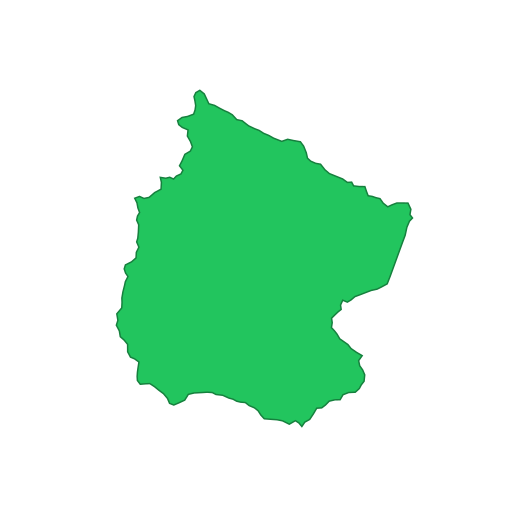 Santa Isabel, São Paulo, Brazil, rotated 245°
{"feature_id": "56859067B62308416840067", "entity_name": "Santa Isabel", "entity_type": "district", "adm_level": 2, "iso_a3": "BRA", "parent_name": "Brazil", "parent_adm1": "São Paulo", "projection": "albers", "projection_center": [-46.238, -23.295], "detail": "fine", "context": "isolated", "style": "filled", "palette": "green", "viewbox_px": 512, "rotation_deg": 245, "n_neighbors": 0, "source": "geoboundaries", "source_scale": "gbopen_adm2", "svg_char_len": 2639}
<svg xmlns="http://www.w3.org/2000/svg" viewBox="0 0 512 512"><g transform="rotate(245 256 256)"><path d="M232.9,416.1L239.7,416.1L242.0,411.4L244.5,406.1L244.9,400.9L244.9,396.2L250.1,393.6L255.6,392.6L258.1,389.4L260.9,386.5L263.2,383.1L267.8,383.4L272.9,384.0L275.2,379.1L278.3,374.1L282.5,373.9L284.1,369.9L289.2,367.1L293.9,362.7L299.7,357.3L305.0,354.9L311.9,353.3L314.8,349.2L318.9,345.6L322.9,344.0L328.3,345.2L335.4,345.6L340.8,344.5L344.9,338.6L348.4,334.0L349.0,327.8L355.3,321.8L359.9,318.5L363.9,314.8L368.5,311.9L371.9,308.6L377.1,304.3L380.4,302.6L384.4,300.6L387.7,296.2L394.0,294.2L398.0,291.5L401.0,288.8L405.4,285.4L410.0,282.1L413.9,277.6L419.6,277.6L424.8,277.6L429.9,275.1L429.5,270.5L426.7,267.2L422.3,266.2L417.8,264.9L414.1,262.5L410.9,259.4L411.4,252.9L412.8,247.5L411.8,242.1L407.7,241.5L403.7,243.5L399.0,247.7L393.7,244.5L387.5,245.0L381.8,244.5L378.8,240.8L378.2,234.5L373.3,229.0L370.1,224.8L364.6,226.0L362.1,222.7L362.1,217.6L360.6,213.8L363.8,211.1L364.6,207.1L367.7,202.5L362.7,201.4L356.7,198.2L356.3,191.0L354.3,183.9L355.5,178.8L359.2,175.6L359.6,170.5L354.5,170.6L349.5,169.3L344.6,168.9L342.3,165.5L339.0,163.0L333.9,162.9L327.2,159.4L322.1,156.4L319.2,153.8L313.5,153.6L309.9,149.1L305.0,146.5L303.3,140.8L303.1,133.9L300.0,131.1L295.7,130.6L291.5,131.3L288.0,126.8L284.7,124.3L279.8,120.3L274.6,116.7L270.4,114.9L265.7,112.4L262.4,105.4L256.0,103.6L252.3,100.2L245.9,100.5L240.2,98.9L235.4,101.0L230.2,102.3L223.4,99.2L217.4,99.5L214.1,102.5L209.4,105.1L204.9,102.1L200.9,99.5L197.1,97.4L193.3,95.9L188.7,96.9L186.9,101.8L185.2,105.9L180.5,108.8L175.3,111.3L170.3,114.0L164.3,115.6L159.0,115.4L155.7,118.5L155.5,124.3L155.5,130.5L159.2,136.2L158.0,142.1L154.9,149.8L153.2,154.2L150.7,158.7L147.4,161.2L143.9,166.9L138.6,171.5L135.9,174.7L132.6,177.1L130.2,180.1L127.7,184.4L123.3,186.6L119.1,190.4L114.9,192.5L109.7,193.2L105.0,194.7L101.2,201.4L98.7,205.9L95.4,210.4L89.5,215.1L90.1,222.1L86.6,224.3L82.1,225.5L84.8,230.0L85.2,235.6L88.6,241.2L92.4,246.7L90.6,251.4L91.6,256.0L93.5,261.0L92.3,266.8L90.2,271.5L93.5,276.2L93.1,282.3L90.6,288.4L92.2,293.6L94.7,296.9L96.8,301.0L102.3,304.3L107.7,304.5L112.7,303.6L117.8,304.8L120.8,310.1L126.3,306.3L132.0,303.0L136.8,301.9L141.2,299.4L145.5,296.9L151.0,296.4L154.9,295.5L159.2,294.1L163.4,296.9L167.7,298.2L169.1,302.1L170.6,306.5L171.6,310.6L175.8,311.9L179.3,315.9L175.6,319.3L176.0,323.5L177.4,328.5L177.0,333.1L176.6,338.9L176.1,345.9L174.8,351.7L174.9,356.4L175.3,363.1L181.0,369.1L202.0,390.1L206.7,394.8L211.7,399.9L218.3,404.9L222.7,409.8L224.3,413.9L228.4,413.0L232.9,416.1Z" fill="#22c55e" stroke="#15803d" stroke-width="1.5"/></g></svg>